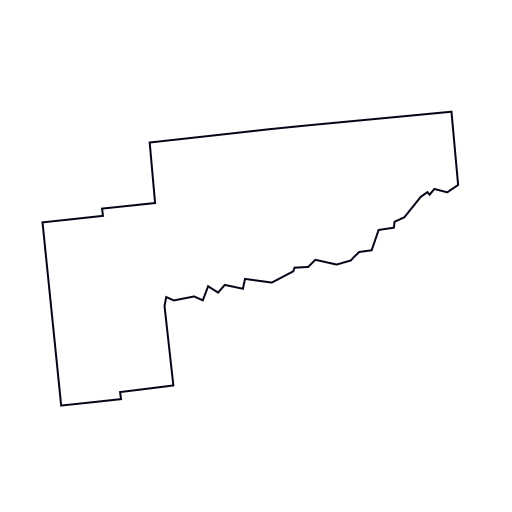 Howard, Arkansas, United States of America (Mercator projection), rotated 263°
{"feature_id": "52423323B29422586516725", "entity_name": "Howard", "entity_type": "district", "adm_level": 2, "iso_a3": "USA", "parent_name": "United States of America", "parent_adm1": "Arkansas", "projection": "mercator", "projection_center": [-94.035, 34.052], "detail": "fine", "context": "isolated", "style": "outline", "palette": "ink", "viewbox_px": 512, "rotation_deg": 263, "n_neighbors": 0, "source": "geoboundaries", "source_scale": "gbopen_adm2", "svg_char_len": 703}
<svg xmlns="http://www.w3.org/2000/svg" viewBox="0 0 512 512"><g transform="rotate(263 256 256)"><path d="M315.4,48.2L131.3,44.4L130.4,104.6L137.5,104.5L137.6,158.2L138.2,158.2L217.5,159.1L226.2,161.9L221.9,169.0L223.4,189.6L218.5,197.8L231.8,204.8L224.3,213.9L231.1,221.5L225.1,239.0L234.6,242.3L227.7,268.4L236.3,291.2L239.7,292.8L238.8,306.5L245.0,314.4L237.7,334.9L240.0,349.6L242.5,352.4L247.4,358.9L247.6,371.5L266.9,380.9L267.3,396.3L273.1,397.7L276.4,408.0L294.6,426.7L298.5,433.9L295.7,435.8L300.8,441.2L295.9,453.6L301.9,465.3L302.8,465.3L375.4,467.6L379.3,326.5L380.2,286.1L381.6,164.3L320.9,162.3L321.8,109.0L314.5,109.0L315.4,48.2Z" fill="none" stroke="#020617" stroke-width="2"/></g></svg>